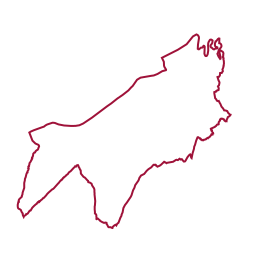 the district of Fet nor, Akershus, Norway, rotated 97°
{"feature_id": "86288312B34896382200122", "entity_name": "Fet nor", "entity_type": "district", "adm_level": 2, "iso_a3": "NOR", "parent_name": "Norway", "parent_adm1": "Akershus", "projection": "equal_earth", "projection_center": [11.264, 59.871], "detail": "fine", "context": "isolated", "style": "outline", "palette": "rose", "viewbox_px": 256, "rotation_deg": 97, "n_neighbors": 0, "source": "geoboundaries", "source_scale": "gbopen_adm2", "svg_char_len": 5741}
<svg xmlns="http://www.w3.org/2000/svg" viewBox="0 0 256 256"><g transform="rotate(97 128 128)"><path d="M95.9,137.4L100.0,142.1L105.6,147.6L109.0,151.4L122.1,165.0L129.0,173.0L131.2,176.6L132.3,180.4L132.9,184.8L133.3,191.8L132.9,197.4L131.9,201.2L131.9,203.3L132.2,204.1L134.4,208.7L135.5,210.2L136.9,211.6L137.7,213.3L141.7,221.2L143.3,223.9L144.5,225.4L152.2,221.3L154.7,218.0L155.6,215.0L156.2,214.3L157.1,214.0L158.8,214.5L159.7,214.6L160.6,215.0L161.2,215.9L162.2,216.8L163.6,217.3L163.8,218.0L165.1,218.9L167.4,218.9L167.8,219.2L168.9,219.3L169.1,219.6L169.9,219.3L170.2,219.4L170.1,219.7L171.7,219.9L172.0,220.2L173.0,220.4L175.0,221.5L176.3,221.4L177.1,221.7L177.7,221.5L178.0,221.6L178.0,221.9L178.4,222.2L179.5,221.9L179.9,222.1L180.0,221.8L180.3,221.6L181.7,221.8L183.4,222.5L184.4,222.3L184.7,222.8L186.0,223.2L189.4,223.6L191.1,224.1L192.4,224.0L195.2,224.3L200.1,223.7L204.9,224.7L207.0,224.7L208.1,225.1L209.1,225.0L212.0,227.3L212.8,227.6L214.7,227.3L214.9,227.6L214.7,227.8L215.5,227.9L217.8,228.1L219.7,227.8L220.8,227.4L221.4,226.8L221.8,225.5L222.5,224.3L224.1,223.5L225.6,222.1L226.0,222.2L226.8,221.8L227.4,221.7L228.9,220.7L227.9,220.4L227.0,219.0L226.0,218.6L226.1,218.4L225.1,217.1L222.0,215.5L221.9,214.7L221.6,214.5L218.8,213.3L216.7,211.7L214.8,210.0L214.4,209.4L213.6,209.1L212.5,208.4L212.3,208.1L212.3,207.9L212.7,207.8L212.6,207.6L212.1,207.5L212.2,207.3L211.7,207.1L211.8,206.9L211.3,206.7L211.3,206.4L210.2,205.6L209.1,204.4L208.0,203.8L207.7,203.1L204.7,200.9L203.8,200.5L201.8,199.0L198.1,195.7L197.7,195.0L197.1,194.4L191.6,190.6L190.6,189.8L189.2,189.1L188.4,188.3L187.9,188.1L187.7,187.6L187.3,187.5L187.3,187.3L186.8,186.9L185.4,186.3L185.3,185.9L184.4,185.4L184.4,185.2L183.3,184.1L182.2,183.4L181.2,182.2L179.2,181.2L177.9,179.7L174.0,176.9L173.0,175.9L172.6,175.8L172.7,175.5L172.2,174.9L172.3,174.7L171.4,174.4L170.9,173.2L172.0,172.4L172.7,172.2L173.7,171.3L175.2,170.5L175.8,169.8L179.0,169.2L181.9,166.2L182.5,164.7L185.1,161.7L185.3,161.2L186.6,160.8L186.8,159.3L187.7,157.4L189.4,156.6L192.1,154.3L193.4,153.8L195.8,153.5L196.7,153.2L197.6,153.2L204.6,151.6L208.8,151.4L210.0,151.5L213.1,151.1L215.7,150.5L216.6,150.5L217.2,150.0L217.5,149.3L218.4,148.8L219.9,148.6L220.9,148.3L221.9,148.3L221.9,148.1L222.1,148.0L221.5,147.2L221.6,146.8L222.3,146.1L222.5,145.5L222.8,145.0L223.6,144.3L224.7,141.7L224.9,140.7L225.1,140.2L224.6,138.9L224.7,137.8L226.0,137.5L226.2,137.1L228.5,135.6L228.8,135.1L228.6,133.3L229.2,131.4L229.1,131.2L228.2,131.2L226.9,130.2L225.9,129.1L225.5,128.4L226.1,127.7L224.9,127.3L224.0,126.7L223.2,125.9L217.9,124.6L215.9,123.8L214.7,123.8L212.5,123.1L208.0,122.8L204.8,121.6L202.3,120.1L196.0,116.9L194.3,116.3L189.3,115.4L186.4,114.3L183.9,113.9L178.8,111.2L175.8,110.5L174.9,109.9L173.7,109.4L171.6,106.3L168.3,104.3L166.4,102.7L164.2,100.1L161.8,98.5L161.3,97.9L161.4,97.0L161.1,96.6L161.1,96.1L161.3,95.8L162.0,95.5L162.2,94.8L162.8,94.1L161.6,92.0L160.4,90.7L157.1,88.0L157.4,87.1L157.8,86.8L157.9,85.9L158.2,85.4L157.8,85.0L156.0,79.1L153.9,76.6L153.6,75.9L153.8,74.6L153.4,74.1L152.5,73.4L152.2,73.0L152.9,71.8L152.4,71.0L152.5,70.5L153.2,70.0L154.5,68.5L154.3,67.5L154.0,67.2L153.2,66.8L149.7,65.4L147.6,64.1L146.6,63.1L147.2,62.5L149.7,61.7L150.1,61.2L145.1,60.8L140.6,60.0L138.4,60.0L136.5,59.4L132.3,58.8L128.9,57.9L128.7,57.8L128.6,57.1L129.6,55.5L130.2,54.8L129.8,54.6L131.1,53.1L131.0,52.6L130.7,52.1L131.0,51.8L130.3,50.8L129.8,49.4L129.5,49.1L129.1,49.0L128.4,48.1L128.2,47.9L128.4,47.4L127.8,47.1L127.6,46.6L126.8,46.0L126.6,45.6L125.9,45.3L125.1,44.7L124.0,44.4L123.8,44.0L124.1,43.3L123.1,43.1L123.0,42.8L122.4,43.0L122.2,43.4L121.2,44.2L120.2,44.3L119.7,44.8L119.8,45.0L119.4,45.0L119.0,45.6L118.6,45.7L116.3,41.9L116.0,41.8L115.2,40.8L114.2,40.3L113.7,39.9L113.4,38.6L113.1,38.4L112.0,38.7L111.0,38.6L109.4,37.6L109.0,37.8L108.2,37.6L107.5,37.0L107.3,36.4L107.5,36.0L107.3,35.8L107.3,35.1L107.6,34.6L107.6,34.1L107.9,33.7L108.7,33.4L109.1,32.8L109.5,32.0L109.3,31.7L109.3,31.0L107.6,31.1L106.5,30.5L105.1,30.3L104.1,29.0L102.9,28.0L102.4,27.9L102.4,28.3L100.8,30.4L99.1,31.6L99.0,32.4L98.7,33.0L98.8,34.7L97.1,35.9L95.4,37.8L92.9,39.2L92.0,40.0L91.3,40.3L90.7,40.9L90.1,41.2L90.4,41.8L90.0,43.2L88.9,43.8L87.8,45.1L82.9,46.6L81.8,46.7L81.5,45.7L81.1,45.5L81.2,45.1L81.0,44.8L80.6,44.8L79.7,44.0L79.5,43.1L79.2,42.7L77.4,42.8L75.7,43.8L74.5,42.9L71.9,42.7L70.9,43.1L69.8,43.9L66.5,45.4L66.3,45.0L66.2,44.1L65.9,43.8L64.5,43.2L62.2,43.3L61.9,42.1L62.0,42.0L62.0,41.7L61.3,41.5L60.3,40.8L59.2,41.0L58.4,41.4L56.4,40.8L55.8,40.8L54.8,40.6L54.7,40.8L52.5,40.6L49.6,41.1L48.1,41.7L47.1,41.6L46.6,41.9L46.6,42.1L46.5,42.3L45.8,42.6L44.9,42.2L43.8,42.5L42.8,42.3L41.5,42.7L40.8,43.3L39.8,45.4L39.8,45.8L40.4,46.2L41.7,46.5L46.4,44.8L47.2,44.6L48.0,44.7L48.1,44.9L48.2,45.0L46.0,46.9L43.7,48.2L43.2,48.3L42.4,47.8L41.0,47.7L39.5,47.3L36.4,45.4L35.5,45.2L34.4,45.4L33.4,46.0L32.7,47.1L32.7,47.8L28.1,48.2L28.0,48.7L28.7,49.6L31.4,51.2L31.4,51.6L33.3,52.0L35.0,51.9L36.2,51.4L36.7,50.9L36.9,49.5L37.1,49.1L38.0,49.0L38.3,49.6L38.1,50.0L38.1,50.5L39.4,51.9L39.5,52.4L39.3,53.1L38.0,54.8L37.9,55.4L37.3,55.9L36.4,56.2L35.8,56.1L34.8,55.4L33.2,54.7L30.9,54.7L30.6,55.0L30.1,56.3L30.3,57.1L30.7,57.5L32.7,58.4L34.0,58.7L36.3,58.6L38.4,58.2L41.4,57.8L44.9,57.9L46.5,58.4L47.0,58.9L47.1,59.4L47.1,59.7L46.7,60.3L45.0,61.2L38.9,61.7L38.0,61.8L37.3,62.3L37.1,62.8L37.3,63.1L38.6,63.6L39.1,64.0L39.3,65.3L41.2,67.1L41.3,67.7L40.9,68.4L36.6,68.7L30.1,68.5L28.9,68.8L27.6,69.7L27.1,70.5L26.8,71.5L29.2,74.7L37.7,80.0L44.3,88.1L54.2,102.9L57.9,100.5L61.9,99.8L62.9,99.3L65.3,97.4L65.6,97.3L66.0,97.4L67.4,100.9L70.8,105.3L72.7,108.8L73.4,111.4L76.5,121.7L79.0,124.9L85.8,128.5L87.3,129.8L90.7,132.2L95.9,137.4Z" fill="none" stroke="#9f1239" stroke-width="2"/></g></svg>